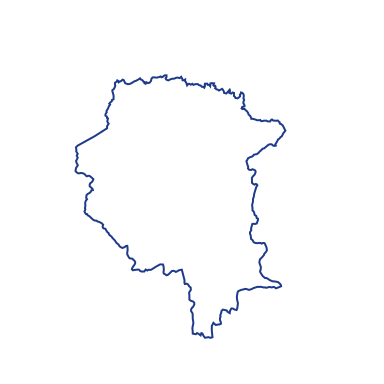 outline of Castro, Paraná, Brazil, rotated 219°
{"feature_id": "56859067B62278362506794", "entity_name": "Castro", "entity_type": "district", "adm_level": 2, "iso_a3": "BRA", "parent_name": "Brazil", "parent_adm1": "Paraná", "projection": "natural_earth1", "projection_center": [-49.875, -24.807], "detail": "fine", "context": "isolated", "style": "outline", "palette": "blue", "viewbox_px": 384, "rotation_deg": 219, "n_neighbors": 0, "source": "geoboundaries", "source_scale": "gbopen_adm2", "svg_char_len": 6052}
<svg xmlns="http://www.w3.org/2000/svg" viewBox="0 0 384 384"><g transform="rotate(219 192 192)"><path d="M285.2,266.6L286.6,265.5L287.0,264.4L287.2,263.0L288.0,261.9L289.0,262.1L290.2,260.2L291.5,258.6L294.5,256.6L294.9,254.8L293.8,252.6L293.7,250.4L294.7,248.9L296.2,248.7L296.1,247.0L297.3,246.6L298.1,247.7L299.1,247.1L300.2,247.6L301.8,247.6L302.8,247.2L303.9,247.6L304.4,245.9L305.4,243.4L306.4,241.8L307.7,238.0L308.9,236.2L309.6,235.5L312.3,234.5L315.5,236.0L316.7,235.6L316.8,233.9L317.7,232.3L318.0,231.2L319.0,231.9L320.3,231.7L319.9,230.3L320.6,228.6L319.9,227.4L318.5,226.3L317.9,224.6L317.5,222.7L318.0,221.2L317.3,220.2L314.0,217.9L313.1,217.0L311.3,214.6L312.1,213.2L311.4,211.9L311.9,209.9L311.9,208.6L310.7,208.4L310.5,206.0L309.9,204.5L309.4,201.1L308.4,200.2L308.3,198.3L307.4,196.9L305.5,197.0L304.5,196.0L303.6,196.3L302.3,193.6L301.0,192.9L299.8,192.7L299.4,189.6L298.1,188.1L302.8,174.0L310.0,156.2L310.3,153.7L308.6,152.2L307.5,150.7L304.8,149.7L304.5,147.7L302.5,146.8L301.8,144.3L301.6,143.1L299.5,141.7L298.4,141.4L297.5,140.8L297.3,137.9L296.6,136.4L295.5,134.8L292.7,134.7L291.5,135.4L290.3,136.9L288.1,138.1L286.1,138.3L284.5,137.9L283.4,138.2L282.9,139.3L281.7,140.0L280.1,140.1L276.7,139.9L276.2,138.4L276.1,136.6L276.6,134.6L276.1,133.2L275.1,132.1L271.2,131.8L270.2,131.1L271.2,129.8L270.8,128.6L271.0,127.0L271.8,124.8L272.0,123.2L270.6,120.9L269.0,120.3L269.1,118.8L268.5,117.0L267.7,115.7L266.4,114.5L265.0,112.1L263.9,111.3L263.3,109.2L260.8,108.1L259.5,108.8L258.5,108.2L256.9,108.6L251.2,108.2L249.4,108.7L248.1,109.7L246.8,109.6L245.2,110.4L242.3,110.9L240.4,110.6L239.7,108.8L238.1,108.0L236.1,108.9L234.5,108.2L232.3,107.5L231.0,107.6L229.6,106.7L226.4,106.7L225.2,106.3L221.4,105.8L218.3,104.8L217.3,105.0L215.9,104.9L214.1,104.2L212.6,104.3L210.9,104.7L209.7,106.7L209.3,108.5L208.4,109.4L207.0,108.1L205.2,106.0L204.6,104.7L203.1,102.8L199.5,101.3L198.3,101.4L196.3,102.7L195.1,102.4L193.6,102.4L192.1,101.9L191.2,100.6L191.0,99.5L190.7,95.7L190.1,94.1L188.6,94.0L187.6,95.3L185.0,97.9L184.0,98.3L182.7,98.0L181.2,98.4L179.1,100.1L179.2,102.6L177.4,102.8L176.9,104.2L175.5,105.1L174.8,106.0L172.9,111.6L171.2,115.7L168.9,117.4L167.3,116.3L164.8,113.7L163.8,111.8L162.6,110.9L160.9,111.2L159.5,111.2L158.7,112.2L158.3,114.0L157.9,117.9L156.8,119.1L155.5,119.6L154.3,119.7L153.6,120.9L153.1,122.5L152.3,123.8L151.0,125.2L142.5,118.9L141.7,118.0L140.8,116.7L139.6,116.0L138.4,117.4L137.0,117.7L135.1,117.0L132.9,116.9L131.3,115.2L131.1,112.6L130.4,111.3L129.4,110.5L126.3,106.7L124.7,106.7L122.1,107.6L120.6,107.4L119.5,106.2L118.9,103.6L119.1,101.9L118.9,100.4L117.8,98.9L115.1,98.0L111.3,93.6L109.4,92.0L108.0,90.4L107.3,88.7L106.0,86.4L103.8,84.2L102.3,82.4L99.5,83.9L99.3,85.5L98.0,85.9L95.1,86.0L95.9,88.2L95.0,88.6L92.3,87.4L90.2,86.9L87.8,89.6L86.0,90.2L84.7,92.0L89.9,97.3L92.3,100.4L93.0,103.8L89.8,103.6L88.2,105.6L87.3,106.3L86.6,107.8L87.7,109.0L89.4,109.9L90.3,110.8L91.0,111.8L91.3,113.0L92.4,113.9L93.5,117.0L94.3,118.4L93.9,120.1L90.4,121.8L89.2,121.3L86.5,121.6L87.7,123.7L88.1,126.3L86.7,127.2L84.8,127.5L83.1,128.3L83.5,129.9L85.4,133.0L86.5,134.7L88.4,136.0L90.9,138.4L93.2,142.2L93.7,143.9L92.3,146.7L90.4,149.1L89.8,150.1L88.7,150.8L86.1,151.8L84.6,154.0L83.7,156.1L81.3,159.7L80.0,160.5L79.1,161.5L76.1,163.0L75.1,163.9L74.0,164.3L72.1,166.9L69.9,168.1L69.0,169.5L67.5,170.0L66.1,170.0L63.4,174.8L64.7,175.8L66.5,176.1L68.5,176.1L71.2,174.7L73.2,173.3L76.0,172.5L79.8,172.1L81.0,171.1L84.2,171.2L88.2,172.5L89.4,173.4L89.6,174.6L91.3,177.1L94.5,179.0L95.6,180.0L96.8,182.5L96.5,185.0L96.4,188.2L96.9,189.3L96.8,192.0L97.0,193.6L97.9,194.6L99.1,195.7L101.0,196.8L103.5,197.9L104.8,197.0L105.5,195.6L106.5,195.6L107.8,194.7L108.8,193.5L110.6,192.3L112.4,191.8L114.6,192.7L116.6,192.7L117.5,193.7L119.5,195.5L120.7,196.1L121.6,197.2L122.0,199.8L123.0,200.6L125.0,205.1L124.1,206.1L122.8,206.9L121.9,208.3L123.2,212.0L124.0,212.8L125.2,212.4L127.0,213.8L128.8,213.6L130.6,215.0L131.9,215.7L133.3,215.7L135.0,217.7L137.0,219.6L138.7,223.1L140.1,224.8L141.0,227.2L142.6,229.9L145.1,236.1L145.5,238.4L146.5,238.7L147.5,238.4L148.1,237.0L149.8,236.8L151.2,236.9L154.4,240.8L154.5,242.6L154.3,245.0L154.7,246.5L155.4,247.9L156.4,248.5L157.8,248.3L159.4,247.7L159.8,246.5L160.6,245.8L161.9,245.2L163.4,245.6L164.2,247.0L165.7,247.8L169.1,250.2L169.3,252.2L169.7,253.4L168.6,255.9L167.8,257.0L167.3,258.4L167.4,259.9L165.5,262.2L164.9,264.2L164.9,266.2L164.5,267.9L164.4,270.0L163.4,271.3L162.3,276.9L161.4,278.2L160.1,279.2L158.2,279.1L156.9,279.7L156.1,280.8L157.2,281.3L157.7,285.0L158.2,287.1L157.7,288.3L157.7,290.3L157.3,291.8L157.6,293.5L158.0,294.7L158.0,298.4L163.0,300.7L165.3,300.9L166.8,300.4L167.8,301.4L168.9,301.3L170.2,301.6L171.4,300.4L173.9,298.6L175.5,298.7L175.9,297.4L175.7,296.0L177.6,294.5L179.1,294.2L181.1,292.6L181.8,291.5L182.9,290.6L184.3,290.9L185.0,290.0L186.8,288.6L187.9,288.4L191.1,287.0L191.9,286.2L193.1,287.0L194.8,287.8L196.8,287.8L198.1,288.7L199.9,289.3L202.6,289.4L203.6,289.7L204.8,288.3L206.0,288.1L206.5,289.8L205.7,290.7L205.3,292.1L206.7,292.9L208.1,293.4L208.9,294.8L209.5,296.5L210.9,297.0L211.5,298.3L212.5,299.6L213.7,300.5L215.3,300.7L216.5,300.2L215.9,299.2L216.0,297.8L214.9,296.7L215.0,295.2L215.5,293.5L217.4,292.4L218.5,293.0L219.8,293.0L221.7,295.4L223.0,294.9L223.4,293.2L225.2,292.5L226.0,294.5L227.1,295.2L227.3,290.2L229.3,289.2L230.6,290.2L232.2,290.9L233.5,291.1L234.9,287.8L236.3,287.8L237.6,287.2L239.4,287.2L239.7,288.5L240.8,289.1L241.7,288.3L242.7,288.5L243.2,290.3L245.1,289.1L246.0,288.0L244.5,285.7L246.1,286.0L247.2,285.2L248.3,285.8L250.1,284.3L249.6,283.2L248.7,282.8L248.1,280.8L249.4,280.8L250.4,280.0L252.3,280.2L254.0,279.4L255.4,279.5L257.2,278.0L258.4,276.1L259.8,276.3L260.6,274.6L261.9,274.5L262.9,273.7L262.9,271.8L265.5,273.4L267.1,273.8L268.1,275.1L268.7,273.7L269.6,272.9L270.7,273.8L272.9,274.7L273.2,272.8L275.4,271.7L276.2,270.8L277.0,269.1L278.2,268.0L279.2,266.8L279.8,265.8L280.5,264.0L281.7,263.4L282.8,263.2L284.1,263.7L284.1,265.2L285.2,266.6Z" fill="none" stroke="#1e3a8a" stroke-width="2"/></g></svg>